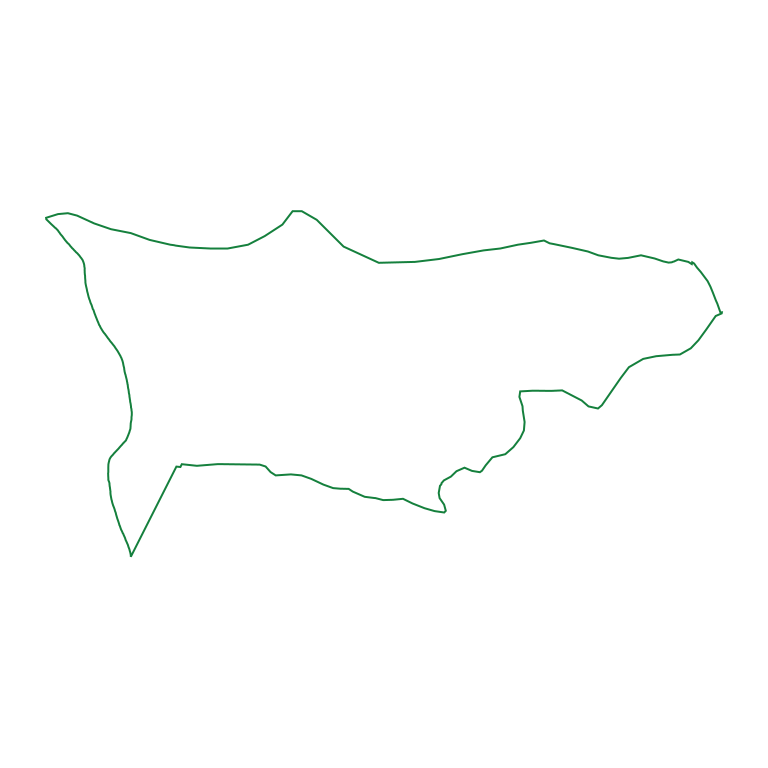 outline of Monchy/Malgretoute, Dauphin, Saint Lucia
{"feature_id": "8701671B92631226508247", "entity_name": "Monchy/Malgretoute", "entity_type": "district", "adm_level": 2, "iso_a3": "LCA", "parent_name": "Saint Lucia", "parent_adm1": "Dauphin", "projection": "orthographic", "projection_center": [-60.922, 14.041], "detail": "fine", "context": "isolated", "style": "outline", "palette": "green", "viewbox_px": 768, "rotation_deg": 0, "n_neighbors": 0, "source": "geoboundaries", "source_scale": "gbopen_adm2", "svg_char_len": 5974}
<svg xmlns="http://www.w3.org/2000/svg" viewBox="0 0 768 768"><path d="M46.1,217.8L46.3,219.3L51.6,224.5L52.3,225.1L52.9,225.7L53.7,226.4L54.4,227.1L55.0,227.7L56.0,228.4L56.7,229.2L57.9,230.4L58.7,231.7L59.4,232.5L60.1,233.6L60.6,234.3L61.3,235.1L62.2,236.1L62.7,236.8L63.1,237.3L63.4,237.7L63.7,238.3L64.4,239.1L65.0,240.0L65.7,240.8L66.4,241.7L67.1,242.4L67.4,242.9L68.4,243.7L68.8,244.1L69.5,244.9L69.9,245.5L70.3,246.0L70.6,246.4L71.4,247.2L71.9,247.9L73.0,248.9L73.8,249.8L74.5,250.6L75.0,251.0L75.6,251.7L75.9,252.1L76.4,252.5L77.3,253.3L77.8,253.8L78.3,254.5L78.8,254.9L79.8,256.2L80.3,256.9L80.7,257.5L81.2,258.0L82.0,259.2L82.4,259.7L82.6,260.1L82.9,260.8L83.2,261.5L83.6,262.7L83.9,263.6L84.1,264.4L84.3,265.6L84.3,266.4L84.5,267.2L84.7,268.6L84.6,270.0L84.7,270.9L84.7,271.5L84.7,272.5L84.8,273.4L84.8,274.1L85.0,275.2L85.1,276.3L85.1,277.4L85.2,278.8L85.3,279.9L85.4,280.9L85.4,281.7L85.4,282.4L85.7,284.3L85.9,285.2L86.0,285.8L86.3,287.1L86.5,287.9L86.8,289.2L87.0,290.3L87.2,291.4L87.5,292.5L87.8,293.6L88.1,294.9L88.4,296.1L88.7,297.3L88.9,297.8L89.2,298.8L89.4,299.4L89.8,300.3L90.5,302.7L91.0,303.8L91.4,304.6L91.7,305.4L92.0,306.4L92.2,307.0L92.5,308.0L92.7,308.8L92.9,309.2L93.3,309.7L93.5,310.1L93.7,310.7L93.9,311.3L94.5,313.2L94.7,313.8L95.0,314.4L95.2,315.0L95.8,316.6L96.1,317.4L96.3,317.8L96.8,319.1L97.2,320.1L97.4,320.7L97.9,321.7L98.2,322.5L98.4,322.9L98.6,323.5L98.8,324.0L99.3,325.2L99.7,325.6L99.9,326.1L100.2,326.7L100.4,327.2L100.7,327.8L101.3,328.7L101.5,329.1L101.9,329.8L102.3,330.4L102.8,331.2L103.3,332.0L103.8,332.6L104.4,333.4L105.0,334.0L105.5,334.8L106.1,335.5L106.9,336.7L107.6,337.6L108.0,338.3L108.5,338.8L108.9,339.3L109.6,340.3L109.9,340.8L110.9,342.0L111.3,342.5L111.7,342.9L112.3,343.7L113.0,344.6L114.4,346.3L114.8,347.0L115.2,347.5L115.5,348.1L115.8,348.5L116.4,349.3L117.0,350.2L117.5,350.9L117.9,351.6L118.2,352.1L118.6,352.8L119.0,353.5L119.4,354.2L119.9,355.1L120.4,355.9L120.6,356.5L120.8,356.9L121.4,358.0L121.6,358.6L122.3,360.4L122.5,361.0L122.7,361.7L122.8,362.2L123.0,362.8L123.3,364.5L123.5,365.5L123.8,366.8L124.0,367.4L124.2,368.5L124.2,369.1L124.5,370.8L124.6,371.6L125.3,374.3L125.5,374.7L125.8,376.1L126.1,377.3L126.3,378.1L126.6,379.3L126.8,380.1L127.0,381.5L127.2,382.3L127.4,383.1L127.4,383.9L127.7,384.6L127.9,386.6L128.0,387.3L128.2,388.5L128.4,389.3L128.6,390.2L128.6,390.7L128.8,391.7L128.8,392.3L128.9,393.0L129.4,395.2L129.4,395.8L129.5,396.9L129.7,398.0L129.8,398.8L129.9,399.5L130.1,400.5L130.1,401.1L130.3,402.4L130.5,403.1L130.7,404.2L130.8,405.2L131.0,406.2L131.0,407.4L131.3,408.5L131.5,409.7L131.5,410.3L131.8,412.1L131.8,414.3L131.8,414.9L131.7,415.8L131.5,417.1L131.5,417.8L131.5,419.3L131.3,420.4L131.2,421.0L131.0,421.7L130.8,423.0L130.7,423.6L130.7,424.2L130.6,425.6L130.6,426.3L130.5,427.3L130.5,428.0L130.4,428.7L130.3,429.2L129.8,430.6L129.3,432.4L128.7,433.9L128.5,434.4L128.3,435.0L127.9,435.9L127.7,436.4L127.4,437.2L126.8,438.5L126.5,439.0L126.2,439.9L125.8,440.6L125.3,441.1L124.2,442.2L123.8,442.7L123.0,443.4L122.7,443.9L122.1,444.5L121.7,445.1L121.1,445.6L120.0,446.9L119.6,447.3L118.9,448.2L117.9,449.3L117.5,449.7L117.0,450.2L116.1,451.2L115.5,451.7L115.1,452.3L114.2,453.1L113.6,453.9L112.6,455.1L111.5,456.2L110.5,457.5L110.2,458.1L109.6,459.2L109.3,460.2L109.1,461.2L108.9,461.9L108.7,462.7L108.5,463.8L108.4,464.3L108.3,467.4L108.3,469.8L108.3,472.2L108.1,473.6L108.2,474.8L108.2,476.2L108.3,476.9L108.3,477.8L108.4,479.3L108.3,479.8L108.7,481.0L109.0,481.6L109.3,482.6L109.5,483.7L109.5,484.6L109.6,485.3L109.7,486.4L109.9,487.1L110.0,488.3L110.1,488.8L110.3,490.5L110.5,491.9L110.4,492.7L110.5,493.7L110.6,494.8L110.8,495.9L111.3,498.7L111.5,499.7L111.8,500.5L111.9,501.1L112.1,502.0L112.3,502.8L112.7,504.1L113.1,505.4L113.3,505.8L113.5,506.5L113.9,507.3L114.1,507.9L114.4,508.8L114.6,509.3L115.0,510.9L115.3,511.7L115.7,512.7L116.1,514.5L116.9,517.2L117.4,518.9L118.0,520.5L118.2,521.1L118.7,522.6L119.3,524.6L119.5,525.4L119.8,525.8L120.0,526.4L120.5,527.9L121.0,529.3L121.2,529.8L121.8,530.9L122.1,531.6L122.3,532.0L122.5,532.5L122.7,533.1L123.2,533.7L123.6,534.8L124.1,535.9L124.5,536.8L124.8,537.4L125.0,537.9L125.8,540.4L126.1,540.9L126.3,541.3L126.5,541.8L126.7,542.2L127.0,542.9L127.3,543.7L127.7,544.4L128.0,545.3L128.5,547.0L128.9,548.0L129.5,549.6L129.7,550.6L129.9,551.3L130.2,552.2L130.4,553.1L130.6,554.1L130.8,555.5L130.8,556.8L176.4,466.6L180.4,467.0L181.8,464.2L196.9,465.8L218.1,464.1L242.7,464.4L259.7,464.6L265.6,466.5L270.6,472.1L275.7,475.4L290.9,474.4L301.5,475.4L311.3,478.9L323.4,484.6L333.1,488.1L340.2,488.7L348.7,488.9L352.8,491.6L364.7,496.8L374.2,498.0L375.5,498.1L383.2,500.1L392.9,499.8L403.0,498.8L412.6,503.5L424.5,508.2L434.6,511.1L444.2,512.5L445.8,510.8L444.1,504.6L439.6,498.1L438.7,493.0L440.0,485.8L441.3,484.4L441.5,483.2L443.9,480.4L450.9,476.6L456.5,471.2L464.5,467.7L472.0,470.9L479.9,472.2L482.0,470.7L485.7,465.3L492.4,457.3L505.3,454.2L513.4,447.1L520.2,438.2L523.9,430.5L524.6,422.0L522.8,410.6L522.5,406.2L519.4,396.9L520.2,391.4L533.0,390.7L551.0,390.9L562.2,390.4L581.7,400.5L588.5,406.4L598.0,408.5L601.9,405.2L611.3,391.6L620.8,377.9L628.9,367.2L643.2,358.9L656.2,356.2L672.4,354.8L679.9,354.5L690.8,348.3L698.4,340.3L706.2,329.6L715.7,316.0L721.7,313.4L721.9,312.3L720.4,312.4L717.3,303.6L715.9,300.5L712.9,292.7L710.4,286.6L707.6,281.1L700.8,272.0L697.0,267.6L694.1,263.5L692.2,262.3L691.8,264.1L688.3,261.9L678.3,259.5L673.8,261.6L673.1,261.7L671.8,262.3L668.6,262.6L663.2,261.4L654.7,258.5L641.0,255.3L628.1,257.9L619.1,258.7L611.3,257.8L598.3,255.3L587.9,251.5L571.7,247.8L553.4,244.0L549.6,243.3L544.0,240.5L530.9,242.8L517.9,244.7L500.3,248.5L483.6,250.4L462.3,254.2L439.1,259.0L415.0,261.9L378.8,262.8L343.6,246.6L316.7,219.8L301.8,211.2L292.6,211.2L282.4,224.6L264.7,236.1L248.1,244.7L227.7,248.5L210.0,248.5L189.6,247.5L175.7,245.6L174.0,245.2L170.3,244.7L149.6,239.9L130.8,233.1L111.0,229.2L94.1,223.4L77.1,215.6L67.9,213.2L58.0,214.1L46.1,217.8Z" fill="none" stroke="#15803d" stroke-width="2"/></svg>